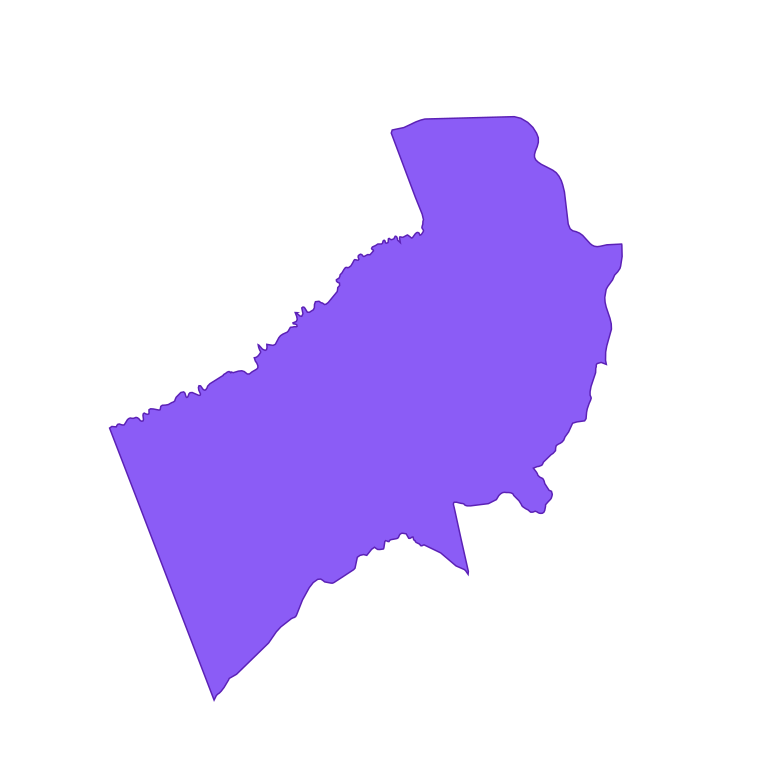 the Department of Meta, rotated 159°
{"feature_id": "COL-1425", "entity_name": "Meta", "entity_type": "Department", "adm_level": 1, "iso_a3": "COL", "parent_name": "Colombia", "parent_adm1": "", "projection": "orthographic", "projection_center": [-72.97, 3.272], "detail": "fine", "context": "isolated", "style": "filled", "palette": "violet", "viewbox_px": 768, "rotation_deg": 159, "n_neighbors": 0, "source": "natural_earth", "source_scale": "10m", "svg_char_len": 5955}
<svg xmlns="http://www.w3.org/2000/svg" viewBox="0 0 768 768"><g transform="rotate(159 384 384)"><path d="M112.0,429.5L112.1,428.6L116.0,417.7L120.8,409.3L122.3,407.3L125.6,405.0L129.7,403.0L133.3,399.3L140.1,394.9L142.7,392.7L146.9,385.6L148.3,381.1L149.0,376.3L149.5,364.4L150.3,358.7L152.0,353.7L162.4,339.7L165.6,334.4L168.7,326.7L169.4,322.6L173.5,326.3L177.6,326.7L178.7,326.1L179.4,324.9L179.6,324.1L180.6,322.9L182.4,318.7L191.6,307.5L194.4,302.9L195.6,299.7L195.5,298.0L195.6,296.6L196.9,294.9L199.5,292.3L203.1,288.0L205.0,285.0L207.8,279.2L209.9,277.7L217.6,279.5L222.0,279.8L228.8,273.1L234.0,269.7L236.3,267.2L238.6,266.0L240.8,265.5L242.7,265.4L245.2,264.8L246.5,263.1L247.8,260.3L250.9,258.7L253.5,258.1L263.2,253.9L264.4,252.6L265.8,251.6L269.0,251.6L270.6,252.0L274.7,251.9L273.3,247.2L273.0,245.6L273.0,243.5L271.9,241.2L269.7,238.9L269.4,237.5L269.3,236.0L269.6,233.4L268.0,225.7L266.1,223.8L266.4,220.8L267.2,219.4L268.7,217.5L269.8,216.7L273.2,215.1L276.4,213.4L277.2,211.6L279.3,208.3L280.7,207.0L282.4,206.6L283.9,207.0L285.4,207.8L286.4,208.9L287.0,209.8L288.5,211.1L290.5,211.0L291.8,211.3L293.1,211.9L294.6,214.8L296.4,216.8L298.3,219.5L298.9,220.8L299.0,222.6L299.8,226.6L302.8,233.4L303.0,235.1L303.6,236.0L304.8,237.1L306.5,238.0L308.6,238.8L310.3,239.7L312.2,240.1L314.5,239.7L316.8,238.7L320.5,235.8L329.4,234.9L346.8,239.2L350.0,240.4L351.7,241.7L352.5,243.5L353.2,244.1L354.9,245.0L358.6,247.6L360.8,248.5L361.7,248.0L362.4,246.6L362.8,243.2L367.5,212.4L372.4,178.8L373.7,176.2L374.7,180.4L375.5,182.0L382.0,188.4L391.6,206.0L404.3,219.5L406.4,219.4L407.2,219.6L407.8,220.1L407.8,220.7L408.3,221.9L410.8,224.6L411.2,225.7L411.2,226.7L412.1,227.9L412.0,229.1L411.8,229.9L411.8,230.8L412.9,231.0L414.0,230.7L415.2,230.6L416.2,231.1L416.4,232.3L417.0,236.2L420.1,238.0L421.2,238.3L422.8,238.0L423.6,237.5L425.5,235.6L426.6,235.1L428.0,235.2L433.4,236.2L434.4,236.1L435.1,235.7L435.5,235.3L435.9,235.1L436.9,235.6L437.7,236.5L438.6,237.2L439.7,236.6L442.8,231.1L443.6,230.2L445.2,230.5L447.3,231.0L449.2,231.8L449.9,232.7L451.4,235.0L454.8,234.1L461.5,230.2L464.2,232.1L467.8,232.6L471.0,231.8L477.1,222.4L479.0,221.5L501.7,216.6L503.3,216.5L504.8,217.1L510.3,220.5L511.5,222.6L513.0,224.6L515.9,225.4L521.2,224.0L526.7,220.7L537.5,211.6L548.5,199.6L549.9,198.5L551.4,198.2L553.0,198.3L554.7,198.1L567.4,194.2L573.4,191.2L584.5,183.6L625.6,165.9L634.0,164.6L635.2,163.4L642.1,158.0L646.0,155.6L648.4,154.5L650.2,154.1L652.1,153.3L655.9,149.8L655.9,371.1L656.0,441.2L653.3,441.9L650.3,440.4L649.2,440.0L648.2,441.1L646.9,441.8L645.4,441.5L644.0,440.3L642.4,439.2L641.1,439.0L636.2,442.7L634.6,443.2L633.1,443.2L631.4,442.2L630.0,441.7L627.5,441.7L626.2,440.8L625.2,439.1L624.6,437.1L623.4,436.0L622.0,436.0L621.2,437.3L620.3,441.0L619.5,442.4L618.3,442.8L617.0,441.4L615.8,440.5L614.4,440.3L613.6,441.4L613.2,442.8L612.6,444.2L610.8,444.5L608.2,443.3L603.4,440.3L602.2,440.2L600.4,443.1L598.6,443.6L595.5,442.6L592.7,442.1L588.9,442.7L587.0,442.7L585.4,443.2L584.4,444.5L582.8,446.1L576.7,448.9L573.8,448.4L573.1,446.8L573.4,443.0L572.9,442.1L572.0,442.2L570.9,443.2L569.8,444.6L568.2,445.4L566.1,444.8L560.8,439.6L559.6,439.5L558.9,440.4L559.1,444.7L558.5,447.3L557.3,448.7L555.9,448.0L554.8,443.8L553.8,442.6L552.7,442.4L550.8,443.6L549.4,445.2L546.3,446.7L534.0,449.1L531.7,449.5L531.1,449.6L530.7,450.1L529.9,450.4L528.0,450.7L526.0,451.3L524.2,451.2L523.0,449.4L522.4,450.0L520.7,448.6L515.3,448.2L512.0,447.3L510.0,445.7L508.0,442.3L506.0,441.6L503.0,442.6L497.5,443.5L495.9,444.4L495.2,446.4L495.3,449.1L495.9,451.5L495.7,455.0L493.7,454.7L491.8,455.2L490.0,456.2L488.0,457.6L487.6,458.6L487.9,460.1L487.9,463.0L487.4,465.7L486.8,465.0L485.0,460.1L482.9,458.0L481.3,458.2L480.1,460.1L479.2,463.0L473.7,459.8L471.2,460.0L465.6,464.9L463.3,466.2L460.7,466.8L455.8,467.1L454.5,467.7L451.2,470.4L450.4,470.4L449.6,470.0L448.0,469.8L446.7,469.5L445.5,468.9L444.6,468.9L444.2,470.3L444.6,471.0L445.4,471.7L446.4,472.3L447.1,472.7L447.1,473.7L443.5,473.8L441.8,475.5L441.3,478.5L441.3,482.5L439.8,481.9L439.3,481.6L440.3,481.6L438.0,477.5L436.6,476.7L434.5,478.6L433.5,484.5L432.1,484.9L431.2,484.4L430.7,483.3L429.8,478.5L428.0,477.7L423.4,478.6L421.7,480.1L420.4,483.2L418.5,485.4L415.0,484.5L413.7,482.5L412.4,481.6L411.0,479.5L409.4,479.3L406.8,480.1L394.5,487.1L393.4,489.0L392.6,490.6L390.1,491.9L389.4,494.2L390.2,494.9L391.0,495.8L391.5,497.2L391.1,498.4L388.0,499.0L386.7,500.2L385.8,501.7L383.3,502.9L380.3,505.3L378.3,506.5L376.9,506.2L376.1,505.5L374.7,505.5L372.5,506.2L369.7,508.4L367.6,510.3L366.7,510.6L365.5,509.9L364.7,509.2L363.6,508.9L362.7,509.5L362.7,511.7L362.1,512.9L360.7,513.5L359.4,513.6L358.3,512.7L358.0,511.6L357.5,510.5L356.6,510.2L353.0,510.7L350.7,509.7L346.1,512.1L346.0,512.9L346.9,513.9L347.0,515.1L345.7,516.1L342.2,516.3L339.7,516.9L336.1,515.6L334.9,516.0L334.3,516.9L333.5,517.9L332.4,518.2L331.8,517.3L332.0,515.3L331.3,514.6L329.6,514.6L328.9,515.7L328.3,517.2L327.7,518.1L326.9,518.0L326.2,516.7L325.1,516.0L322.7,516.0L321.6,517.1L320.6,517.9L320.0,517.7L319.4,516.7L319.4,514.9L319.7,513.4L318.1,510.1L317.2,514.6L316.6,515.6L315.6,515.3L314.7,514.5L313.4,514.2L308.8,514.8L308.0,513.9L306.5,511.3L305.9,510.4L305.0,510.4L300.8,513.1L299.2,513.6L298.1,513.4L297.2,512.4L297.2,511.2L297.1,510.1L296.3,510.0L295.1,510.5L293.4,511.7L292.2,512.8L292.2,514.3L292.6,515.5L292.5,516.6L291.8,517.7L290.5,519.3L289.3,522.0L288.3,523.1L287.5,528.9L287.8,547.0L287.3,615.7L285.3,618.2L273.6,616.3L260.1,617.3L254.8,617.2L250.8,616.7L166.6,586.9L161.0,583.0L156.1,576.8L153.0,570.1L151.7,563.5L151.7,558.6L153.3,554.3L155.9,550.7L159.1,547.3L161.2,544.4L162.2,541.8L162.0,538.9L160.6,535.9L158.4,532.7L149.8,523.1L147.5,519.5L146.2,515.4L145.6,510.3L145.8,505.8L146.7,498.7L154.7,467.3L154.6,462.2L152.9,459.4L150.1,457.4L147.4,454.8L145.3,451.6L141.2,441.1L139.9,439.0L138.2,437.2L135.7,435.8L132.8,435.1L126.1,434.1L112.0,429.5Z" fill="#8b5cf6" stroke="#5b21b6" stroke-width="1.5"/></g></svg>